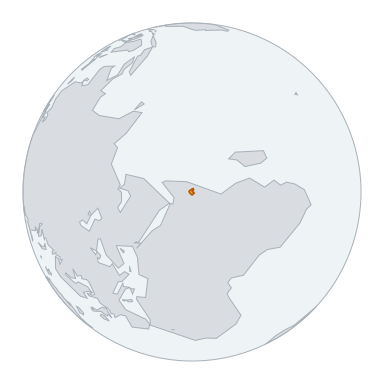 Bakool on an orthographic globe, rotated 246°
{"feature_id": "SOM-2312", "entity_name": "Bakool", "entity_type": "Region", "adm_level": 1, "iso_a3": "SOM", "parent_name": "Somalia", "parent_adm1": "", "projection": "orthographic", "projection_center": [43.857, 4.102], "detail": "fine", "context": "on_globe", "style": "filled", "palette": "amber", "viewbox_px": 384, "rotation_deg": 246, "n_neighbors": 0, "source": "natural_earth", "source_scale": "10m", "svg_char_len": 7337}
<svg xmlns="http://www.w3.org/2000/svg" viewBox="0 0 384 384"><g transform="rotate(246 192 192)"><circle cx="192" cy="192" r="169" fill="#eef3f6" stroke="#a8b0b8"/><path d="M23.1,197.1L24.2,201.7L26.8,210.3L28.2,220.6L28.8,231.6L35.9,256.0L37.1,259.5L32.4,247.5L28.7,235.2L25.8,222.7L24.0,209.9L23.1,197.1ZM280.7,48.2L289.5,54.3L290.3,54.6L299.6,61.7L308.5,69.6L321.1,85.2L326.9,91.8L329.8,96.0L330.3,98.1L326.1,92.0L323.3,89.5L320.8,86.1L320.2,88.3L316.7,83.5L318.0,88.0L321.6,92.0L323.4,91.4L326.0,98.1L332.7,105.6L337.5,114.5L340.2,130.2L336.7,134.9L337.4,137.9L333.9,134.5L332.4,140.4L341.5,157.7L342.4,162.9L338.5,172.5L337.9,168.7L328.6,159.5L329.2,171.7L336.3,182.0L338.8,194.2L334.4,190.4L331.6,179.7L328.3,176.1L327.5,165.4L321.6,149.8L317.0,152.9L315.8,146.6L307.0,134.3L299.5,138.5L288.6,155.2L289.7,171.3L284.8,178.6L272.4,155.7L267.7,140.5L262.7,142.0L250.4,129.7L227.6,129.4L224.9,125.6L220.5,127.5L211.9,123.8L207.9,117.7L202.5,118.2L213.3,134.3L219.2,134.0L224.8,127.6L226.6,133.5L235.0,138.8L223.9,153.4L190.9,166.9L188.6,154.9L168.1,123.3L169.2,119.8L169.2,119.4L169.0,118.7L166.2,124.3L163.0,118.4L172.9,140.0L174.2,149.6L190.4,167.6L188.7,169.6L194.2,173.3L212.9,168.6L212.8,172.7L203.4,191.6L178.3,217.7L182.2,235.3L181.3,250.3L166.9,260.3L169.5,271.8L162.2,275.8L162.6,282.3L157.5,289.2L148.5,295.6L131.8,295.6L129.8,289.7L119.9,278.2L105.7,250.1L108.8,237.4L106.9,227.4L95.0,205.2L97.5,193.0L94.6,187.8L88.4,189.0L85.1,182.9L81.4,182.7L59.5,186.6L53.6,178.7L48.4,154.7L52.9,145.4L55.1,134.6L87.3,99.8L92.6,101.8L116.2,97.7L118.9,98.9L114.5,106.7L130.9,116.5L138.1,110.0L154.6,115.6L166.6,115.5L173.8,101.0L154.2,100.7L152.4,93.8L169.5,88.0L186.9,89.3L186.8,86.7L177.1,80.8L182.5,76.4L173.9,78.5L176.4,81.1L171.1,82.7L168.5,80.5L170.5,78.8L165.7,77.7L157.3,86.5L158.9,90.1L145.3,91.7L146.7,98.0L142.5,101.0L138.6,91.5L140.1,88.1L131.8,78.6L129.0,82.2L136.7,91.6L133.6,90.9L130.0,96.7L130.4,91.7L122.8,81.2L111.4,83.6L94.5,98.1L88.4,99.5L84.4,96.7L93.0,82.3L105.7,81.0L109.0,76.7L108.5,70.7L112.4,71.1L113.8,68.8L118.8,68.4L127.9,62.9L133.3,62.3L139.0,55.8L142.5,54.9L138.2,58.8L138.0,61.6L151.7,61.3L155.0,60.0L157.5,56.0L160.9,56.8L161.7,53.1L170.5,51.8L160.3,50.5L163.1,46.6L169.5,43.9L168.6,42.7L158.1,47.2L155.5,49.3L156.3,51.4L147.8,58.1L142.7,59.2L144.6,52.0L137.6,53.1L142.2,47.7L167.7,37.6L177.3,36.2L188.8,41.0L185.4,42.9L179.6,42.0L183.1,46.0L183.7,44.1L186.6,45.0L189.9,42.3L192.1,42.9L191.6,39.5L194.6,39.9L194.9,42.0L202.4,39.1L209.3,39.7L210.0,38.9L208.7,37.8L218.3,39.7L218.4,39.1L215.2,38.1L213.3,36.2L213.7,34.0L217.0,34.8L217.3,35.7L222.9,39.2L223.3,42.0L224.6,42.1L225.1,39.9L218.3,35.6L217.5,34.0L221.3,35.8L219.9,35.0L220.6,34.5L224.3,34.9L220.4,33.0L223.3,28.6L230.9,29.6L233.9,31.2L239.5,30.8L247.5,33.0L244.6,32.0L245.4,31.8L242.8,31.0L241.5,30.6L241.8,30.5L255.2,35.3L268.2,41.2L280.7,48.2ZM74.5,117.1L73.2,120.3L74.5,117.1ZM204.5,98.8L215.5,99.6L212.1,90.7L216.1,90.5L213.5,87.8L211.8,90.1L205.7,82.9L211.0,80.7L210.4,77.2L206.7,76.8L197.9,82.2L206.7,92.3L203.5,95.7L204.5,98.8ZM116.5,58.0L117.5,59.3L114.5,61.8L107.7,63.9L111.9,60.1L116.5,58.0ZM119.6,60.5L123.4,53.5L127.8,52.4L124.7,54.1L127.2,54.1L122.9,56.9L123.3,63.3L120.7,66.1L109.5,67.6L114.6,65.4L113.3,64.1L119.6,60.5ZM125.5,42.2L127.2,40.4L134.5,40.0L132.1,41.8L125.1,43.7L123.9,42.7L125.5,42.2ZM162.2,25.7L162.7,25.6L165.1,25.2L169.3,24.7L167.5,25.3L170.3,24.8L173.6,24.8L172.7,25.5L169.8,25.4L170.8,26.4L166.1,26.9L166.5,27.0L162.5,27.8L158.3,29.1L156.4,29.2L155.6,29.7L152.9,30.4L151.2,31.2L147.2,31.9L144.7,33.0L144.2,32.8L141.0,34.6L141.6,33.6L138.2,34.8L139.5,35.2L122.3,39.3L114.6,42.6L107.9,46.2L109.8,44.6L117.3,40.5L127.1,36.0L134.2,33.4L133.8,33.4L137.1,32.3L136.0,32.7L139.6,31.4L142.0,30.7L150.7,28.2L152.2,27.8L162.2,25.7ZM174.6,23.9L174.2,24.0L171.1,24.4L167.5,24.8L174.6,23.9ZM123.0,96.1L125.2,96.4L129.0,96.1L126.8,100.0L123.0,96.1ZM117.5,89.0L119.7,88.5L118.4,93.3L116.1,93.2L117.5,89.0ZM122.1,84.3L120.0,88.1L119.7,86.0L122.1,84.3ZM140.3,58.4L142.8,57.8L142.6,58.8L140.7,60.2L140.3,58.4ZM174.7,30.4L173.5,29.8L174.5,29.6L175.3,28.0L178.8,27.9L179.7,28.7L174.7,30.4ZM169.9,103.4L165.7,106.1L164.2,104.8L165.9,104.1L169.9,103.4ZM144.7,102.9L149.9,104.8L144.1,103.9L144.7,102.9ZM178.6,29.9L178.5,29.3L180.3,29.6L178.6,29.9ZM181.4,27.7L183.7,28.0L179.3,27.7L181.4,27.7ZM239.3,325.7L240.6,327.5L237.9,327.8L239.3,325.7ZM210.8,247.8L200.7,274.0L192.5,274.1L190.4,266.5L193.7,250.7L203.0,246.1L207.4,238.9L210.8,247.8ZM353.0,223.0L354.1,223.9L353.9,224.7L353.0,223.0ZM352.0,220.2L353.5,220.5L351.5,222.0L352.0,220.2ZM354.1,220.7L355.6,219.3L356.2,218.0L355.9,219.6L354.1,220.7ZM350.8,220.3L343.0,219.9L339.4,217.8L340.7,214.9L346.4,215.7L350.8,220.3ZM340.4,214.8L334.4,206.7L323.5,183.4L327.5,183.7L338.3,197.7L337.7,200.2L341.3,206.6L340.4,214.8ZM353.3,200.0L352.6,207.5L348.6,206.7L346.6,205.5L345.2,195.9L346.0,191.0L347.8,191.2L352.6,175.1L354.7,179.2L353.7,185.9L355.3,192.4L353.3,200.0ZM290.5,172.8L294.9,182.5L291.9,184.1L290.5,172.8ZM353.0,164.0L352.1,170.9L352.5,161.7L353.0,164.0ZM352.3,155.4L353.2,158.9L351.8,155.5L352.3,155.4ZM338.8,142.6L337.0,143.4L336.2,141.0L338.0,138.6L338.8,142.6ZM341.2,122.3L344.0,129.2L344.6,131.5L342.4,127.3L341.2,122.3ZM208.6,30.9L203.5,32.9L202.3,35.0L205.2,36.8L198.9,35.4L200.9,32.2L208.6,30.9ZM221.2,28.6L218.6,27.6L221.1,27.9L222.0,28.1L221.2,28.6ZM218.6,28.1L212.8,27.2L212.3,26.6L216.9,27.3L218.6,28.1ZM195.6,27.6L193.9,28.1L192.5,27.7L195.6,27.6ZM335.9,280.5L325.0,291.5L324.3,289.9L327.9,285.0L334.1,270.0L334.7,270.3L338.6,260.3L347.0,251.3L354.1,235.1L354.8,236.4L357.7,224.8L357.7,225.1L354.9,236.7L351.4,248.1L347.0,259.3L341.8,270.1L335.9,280.5ZM355.5,224.1L357.5,218.4L358.1,218.0L355.5,224.1ZM360.5,204.6L360.5,204.3L360.7,200.7L360.8,198.5L360.7,195.5L360.9,194.3L360.5,204.6ZM359.5,202.6L359.3,204.6L359.1,203.0L359.5,202.6ZM359.9,201.6L360.3,204.0L359.8,203.2L359.9,201.6ZM356.2,194.2L356.6,198.8L358.1,196.0L357.0,200.2L357.5,208.0L356.9,210.9L356.5,202.4L355.6,211.0L354.9,210.8L354.9,203.4L355.9,194.5L356.6,190.9L359.0,189.6L356.2,194.2ZM360.1,195.9L359.9,190.4L359.9,186.9L360.2,189.8L360.1,195.9ZM358.3,177.4L356.7,171.2L356.0,173.4L356.7,165.2L358.3,172.4L358.3,177.4ZM355.8,164.0L355.2,165.9L355.3,161.2L355.8,164.0ZM354.6,163.9L353.7,159.7L354.6,160.4L354.6,163.9ZM356.3,164.2L355.1,157.2L356.2,161.4L356.3,164.2ZM351.3,150.5L354.5,157.4L351.7,154.3L348.0,141.1L349.0,140.9L351.3,150.5ZM334.2,101.1L332.0,97.8L331.8,97.3L333.4,99.7L334.2,101.1ZM330.6,95.3L331.1,96.1L332.1,98.5L333.4,100.2L336.6,105.7L332.8,100.3L329.6,94.5L329.4,93.8L326.2,89.4L326.0,89.1L330.6,95.3ZM240.1,30.2L238.5,29.6L240.1,30.1L240.1,30.2ZM234.9,28.6L234.3,28.4L233.8,28.3L234.9,28.6ZM232.9,28.3L233.3,28.2L234.9,28.9L232.9,28.3Z" fill="#d9dde1" stroke="#a8b0b8" stroke-width="1"/><path d="M192.3,189.5L192.5,189.5L192.8,189.5L193.0,189.5L193.3,189.5L193.6,189.6L193.9,189.6L194.0,189.6L194.4,191.1L194.6,192.1L194.8,192.7L194.7,193.2L194.7,194.5L194.4,194.5L194.2,194.5L193.6,194.5L193.2,194.2L193.3,194.1L193.3,193.6L193.0,192.7L192.3,192.5L192.1,192.5L191.8,192.7L191.7,192.7L191.5,193.1L191.2,193.5L190.7,193.6L189.8,193.3L189.9,192.7L189.2,191.4L189.2,191.2L189.3,190.9L189.6,190.6L189.8,190.4L190.2,190.2L190.5,190.1L190.8,189.9L191.0,189.8L191.4,189.7L191.6,189.7L191.9,189.6L192.0,189.6L192.3,189.5Z" fill="#f59e0b" stroke="#b45309" stroke-width="1.5"/></g></svg>